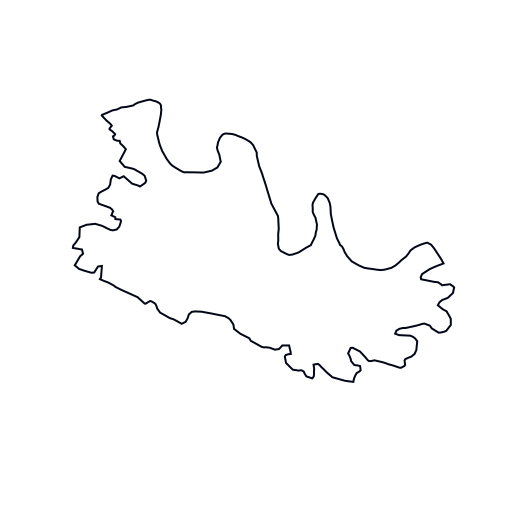 the district of Kafr Al-Zayyat, Al Gharbiyah, Egypt, rotated 119°
{"feature_id": "37247803B98548852573050", "entity_name": "Kafr Al-Zayyat", "entity_type": "district", "adm_level": 2, "iso_a3": "EGY", "parent_name": "Egypt", "parent_adm1": "Al Gharbiyah", "projection": "equal_earth", "projection_center": [30.818, 30.807], "detail": "fine", "context": "isolated", "style": "outline", "palette": "ink", "viewbox_px": 512, "rotation_deg": 119, "n_neighbors": 0, "source": "geoboundaries", "source_scale": "gbopen_adm2", "svg_char_len": 6025}
<svg xmlns="http://www.w3.org/2000/svg" viewBox="0 0 512 512"><g transform="rotate(119 256 256)"><path d="M187.5,67.4L187.0,68.8L186.6,72.6L190.9,78.4L191.4,79.0L191.1,80.3L190.7,84.1L192.2,87.5L196.3,100.3L194.8,101.6L191.4,102.0L183.2,97.7L178.7,94.3L176.1,92.2L173.1,89.6L172.0,88.8L171.6,88.4L168.9,92.6L163.0,103.9L161.2,108.3L161.3,112.7L162.9,114.4L165.5,116.8L168.1,118.9L171.6,121.5L174.5,122.8L176.3,123.6L179.6,123.8L183.8,124.5L188.9,126.7L192.7,127.9L196.8,129.5L200.8,131.9L205.6,136.9L207.8,140.0L209.4,143.7L210.8,147.5L212.5,151.8L213.8,155.4L214.4,161.6L214.3,169.9L213.9,170.8L211.9,176.3L209.5,180.5L207.5,182.9L206.0,185.3L205.6,187.8L204.3,189.4L201.2,193.9L193.5,201.9L187.8,206.9L185.3,209.0L182.9,211.0L179.8,212.9L176.8,214.8L173.9,217.2L171.9,219.7L170.7,221.3L170.1,222.9L169.7,224.4L169.4,225.7L169.4,227.4L170.1,229.2L170.5,230.3L171.7,231.6L177.0,232.0L181.7,232.0L183.8,231.4L188.1,228.7L189.3,228.2L190.5,227.2L192.2,224.9L193.6,222.6L195.5,221.0L198.8,218.0L199.5,217.7L201.5,216.7L203.7,215.7L206.4,215.1L209.6,213.9L213.0,213.6L216.4,213.5L220.0,213.3L224.6,216.3L225.2,216.6L232.1,220.4L234.1,222.1L237.0,224.8L237.3,225.1L239.0,227.5L239.4,230.1L239.5,232.9L239.6,236.6L238.9,238.8L238.1,240.0L236.0,241.7L234.9,242.7L231.7,244.0L228.4,245.9L226.3,247.1L221.2,249.3L216.5,252.2L214.6,253.4L212.1,254.9L210.3,256.3L205.4,263.9L202.8,267.9L194.0,277.0L189.3,281.8L182.7,288.9L181.0,290.6L175.9,296.8L168.1,303.8L165.2,305.5L160.5,312.1L159.2,315.6L159.1,316.1L159.1,316.6L159.1,317.1L159.0,317.6L159.0,318.2L159.0,318.7L158.9,319.2L158.9,319.7L158.9,320.2L158.9,320.7L158.9,321.2L158.9,321.7L158.9,322.2L158.9,322.8L159.0,323.3L159.0,323.8L159.0,324.3L159.1,324.8L159.1,325.3L159.2,325.8L159.2,326.3L159.3,326.8L159.4,327.3L159.5,327.8L159.5,328.3L159.6,328.8L159.7,329.5L159.8,330.3L159.9,331.0L159.9,331.7L160.1,332.5L160.2,333.2L160.3,333.9L160.5,334.6L160.7,335.3L160.9,336.0L161.2,336.7L161.5,337.4L161.7,338.1L162.0,338.7L162.4,339.3L162.7,340.1L162.9,340.7L163.2,341.2L163.6,341.9L164.1,342.6L164.7,343.1L165.1,343.5L165.5,343.7L165.8,343.9L166.1,344.0L166.6,344.2L170.0,344.8L175.0,344.3L177.9,343.3L180.2,342.7L182.5,340.5L185.5,336.9L187.8,335.0L190.7,332.5L197.3,332.7L202.8,336.0L208.2,342.0L208.9,343.1L212.1,349.3L214.7,354.1L216.8,358.1L217.5,359.0L217.7,359.9L218.0,362.2L217.8,369.6L217.5,373.2L216.8,375.8L215.4,379.0L214.3,381.3L209.7,388.9L205.8,393.6L203.5,396.0L200.6,398.6L197.6,401.4L195.9,402.5L192.7,403.3L190.2,403.9L183.1,406.2L178.6,407.7L173.8,409.8L172.1,411.2L170.7,411.8L170.0,412.6L169.4,413.7L169.1,415.3L169.2,418.3L170.0,421.4L170.4,423.7L171.0,425.1L172.8,427.2L175.6,430.1L179.0,433.5L181.7,435.4L183.9,436.4L188.4,441.6L191.4,445.9L195.1,448.5L198.3,452.2L203.0,455.7L207.1,459.0L207.6,459.7L207.6,459.8L209.1,455.3L209.8,453.1L210.0,452.6L210.6,449.3L211.1,447.3L211.3,446.7L212.0,445.3L212.8,445.5L215.5,445.9L216.2,445.5L216.6,442.1L217.7,438.3L219.2,438.2L220.7,439.1L222.9,437.0L222.6,433.6L221.4,431.0L223.3,429.3L224.4,425.1L224.8,424.0L225.7,421.6L229.3,421.5L239.0,421.3L241.7,414.0L240.8,411.1L239.1,405.0L239.2,396.5L239.2,395.7L239.8,392.3L243.4,388.5L245.9,388.4L248.8,389.8L251.5,391.2L251.5,393.1L252.8,399.4L250.4,410.4L254.3,413.1L254.5,418.4L255.2,420.4L259.4,420.1L262.0,419.1L264.3,418.2L267.2,418.2L268.0,418.2L270.4,419.6L273.1,421.4L274.9,422.6L277.5,424.0L280.8,423.4L281.4,423.3L285.1,421.0L286.5,418.8L284.6,407.3L285.0,404.7L286.2,402.5L288.0,402.6L289.5,402.2L290.6,402.2L290.3,397.9L291.9,396.9L289.9,392.3L290.6,391.2L291.8,390.7L296.6,389.8L300.4,390.7L302.3,392.9L303.0,393.7L303.8,396.2L303.8,397.1L304.0,399.7L304.1,402.7L304.3,405.6L305.0,408.6L305.4,410.3L305.8,412.2L310.8,419.3L316.4,424.0L325.2,419.6L332.0,420.2L335.4,420.9L337.7,420.1L334.7,411.3L337.9,408.4L339.2,408.8L341.5,409.7L345.8,409.8L352.0,410.0L353.1,404.4L352.6,401.9L352.3,400.0L351.3,395.5L350.4,391.7L348.9,389.5L341.8,389.1L339.4,386.0L343.2,384.2L344.8,383.5L349.8,381.2L351.9,381.3L351.6,377.6L350.8,372.1L350.8,369.5L350.8,365.3L351.2,364.0L350.9,357.2L350.7,355.1L350.5,352.5L350.1,347.8L349.8,344.0L349.5,340.7L349.4,339.7L350.5,335.0L351.6,330.3L351.3,329.5L346.8,326.9L346.4,325.6L346.4,322.2L346.8,320.5L348.7,318.0L349.8,317.1L352.0,312.4L352.0,307.7L352.1,301.4L351.9,300.3L351.3,297.1L351.3,288.1L347.6,285.6L343.8,285.6L339.7,286.4L337.1,285.5L336.0,285.1L334.6,283.2L334.1,282.6L333.0,280.4L331.1,276.6L328.5,268.9L327.8,266.8L326.3,262.1L323.7,254.0L323.7,251.8L323.7,249.7L324.1,248.4L324.4,247.2L326.7,242.9L327.4,242.1L330.4,239.9L331.6,231.8L331.2,222.0L332.7,219.5L332.7,210.5L332.7,206.7L332.0,204.6L330.9,202.9L329.4,199.0L329.4,198.2L328.7,193.9L327.5,192.5L326.4,190.9L323.8,190.1L321.5,189.6L318.2,183.7L323.4,179.0L324.9,178.1L325.7,179.4L326.8,180.7L328.3,182.0L330.1,182.0L335.0,177.8L337.6,168.8L335.4,162.8L334.3,161.6L333.9,160.7L333.9,158.2L335.0,156.9L336.9,153.5L336.2,150.0L335.8,147.5L333.5,147.1L331.3,147.9L329.1,149.2L326.4,150.5L323.1,153.0L320.4,149.6L320.5,147.9L321.6,144.5L322.1,142.4L323.5,137.7L325.0,130.4L324.2,127.0L322.0,117.7L320.5,113.8L318.9,109.8L316.0,110.8L312.6,111.2L309.6,111.2L306.7,109.5L305.2,109.1L303.5,110.3L301.8,111.6L302.2,113.3L303.7,117.2L301.8,121.9L300.3,123.1L298.4,125.3L296.5,128.2L295.0,128.3L290.5,128.6L290.2,128.2L289.4,126.9L289.1,118.8L290.6,114.2L291.7,110.8L292.8,108.2L293.2,106.5L292.1,104.4L289.8,101.8L287.6,94.1L286.8,90.3L286.5,87.7L285.7,84.8L285.0,81.4L284.2,76.7L283.5,75.0L280.1,72.8L279.0,72.8L275.3,75.4L273.8,75.4L270.8,73.2L268.9,71.5L264.8,69.8L260.3,70.2L259.5,70.6L258.4,71.1L253.2,73.3L252.4,73.6L250.9,77.0L250.6,79.6L250.9,82.5L255.8,92.4L256.5,96.6L253.2,97.0L250.2,95.3L247.9,92.8L246.4,90.2L240.8,83.8L238.8,81.6L236.3,79.1L234.5,77.4L233.7,76.1L233.4,75.7L233.0,72.7L232.6,70.2L234.1,67.2L234.5,59.1L233.4,57.4L231.1,54.8L229.2,53.3L221.8,52.2L216.5,55.2L214.3,58.6L212.8,61.2L212.0,62.4L212.0,67.1L210.9,73.1L207.5,73.1L204.2,71.8L199.7,68.0L192.9,65.8L190.0,66.7L187.5,67.4Z" fill="none" stroke="#020617" stroke-width="2"/></g></svg>